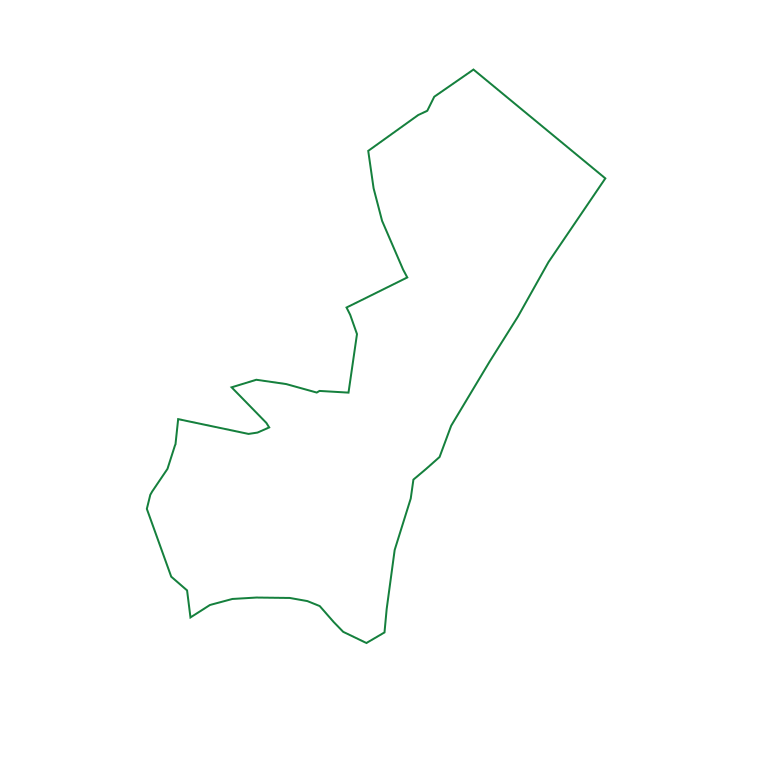 the district of Eastern Obolo, Akwa Ibom, Nigeria, rotated 315°
{"feature_id": "59680162B7891718144591", "entity_name": "Eastern Obolo", "entity_type": "district", "adm_level": 2, "iso_a3": "NGA", "parent_name": "Nigeria", "parent_adm1": "Akwa Ibom", "projection": "equal_earth", "projection_center": [7.662, 4.523], "detail": "fine", "context": "isolated", "style": "outline", "palette": "green", "viewbox_px": 768, "rotation_deg": 315, "n_neighbors": 0, "source": "geoboundaries", "source_scale": "gbopen_adm2", "svg_char_len": 858}
<svg xmlns="http://www.w3.org/2000/svg" viewBox="0 0 768 768"><g transform="rotate(315 384 384)"><path d="M82.1,412.2L104.7,417.2L124.8,428.8L142.8,444.8L166.1,468.7L176.3,483.3L181.5,495.5L181.5,496.1L180.1,516.9L179.9,530.4L188.4,554.7L208.7,560.0L226.9,544.9L274.2,508.9L321.9,483.9L337.2,472.4L353.6,473.8L371.7,474.9L402.0,461.0L474.7,442.8L526.5,431.0L586.5,414.1L597.5,412.0L685.9,395.1L669.6,224.9L667.2,224.5L622.7,216.4L607.8,221.4L598.4,218.0L537.7,208.0L515.0,238.3L498.0,267.3L478.4,316.6L475.8,325.1L423.3,307.4L411.6,303.4L409.0,311.2L400.2,329.6L352.8,365.0L333.5,343.3L330.4,342.5L314.8,314.9L296.7,290.7L273.9,278.6L273.3,328.4L272.1,333.5L260.2,328.9L252.9,323.5L213.6,263.3L193.8,279.3L193.0,279.5L170.9,290.9L144.0,296.1L140.4,297.1L128.0,304.6L97.3,369.8L98.8,390.7L82.1,412.2Z" fill="none" stroke="#15803d" stroke-width="2"/></g></svg>